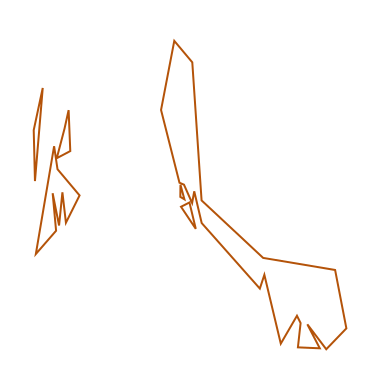 Norway, Natural Earth projection, rotated 273°
{"feature_id": "NOR", "entity_name": "Norway", "entity_type": "country or territory", "adm_level": 0, "iso_a3": "NOR", "parent_name": "Europe", "parent_adm1": "", "projection": "natural_earth1", "projection_center": [16.239, 69.249], "detail": "coarse", "context": "isolated", "style": "outline", "palette": "amber", "viewbox_px": 384, "rotation_deg": 273, "n_neighbors": 0, "source": "natural_earth", "source_scale": "50m", "svg_char_len": 731}
<svg xmlns="http://www.w3.org/2000/svg" viewBox="0 0 384 384"><g transform="rotate(273 192 192)"><path d="M321.5,185.5L184.1,202.0L129.9,266.5L121.6,339.0L63.9,353.3L42.0,334.3L65.9,314.1L42.6,327.8L42.4,305.9L66.8,307.3L73.9,303.3L45.2,288.6L113.1,268.6L99.1,264.8L161.5,203.3L192.8,194.2L181.0,192.7L198.9,183.6L200.6,179.0L272.3,156.8L342.0,166.4L321.5,185.5ZM121.9,39.3L230.5,51.9L207.7,56.5L182.7,79.9L154.7,67.7L184.9,62.6L151.6,61.0L183.5,52.9L146.2,58.3L121.9,39.3ZM194.7,34.6L245.5,30.7L288.1,37.5L194.7,34.6ZM218.7,55.2L248.7,61.4L267.3,64.5L226.5,68.3L218.7,55.2ZM176.7,181.8L181.4,190.0L155.4,197.7L176.7,181.8ZM186.5,180.6L198.6,180.1L184.3,184.8L186.5,180.6Z" fill="none" stroke="#b45309" stroke-width="2"/></g></svg>